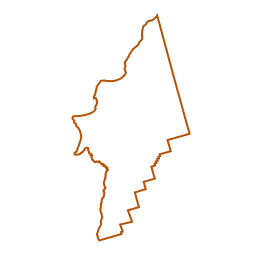 outline of San Luis Obispo, California, United States of America, rotated 74°
{"feature_id": "52423323B67227670427960", "entity_name": "San Luis Obispo", "entity_type": "district", "adm_level": 2, "iso_a3": "USA", "parent_name": "United States of America", "parent_adm1": "California", "projection": "orthographic", "projection_center": [-120.239, 35.346], "detail": "fine", "context": "isolated", "style": "outline", "palette": "amber", "viewbox_px": 256, "rotation_deg": 74, "n_neighbors": 0, "source": "geoboundaries", "source_scale": "gbopen_adm2", "svg_char_len": 4726}
<svg xmlns="http://www.w3.org/2000/svg" viewBox="0 0 256 256"><g transform="rotate(74 128 128)"><path d="M27.8,68.9L29.2,70.5L30.0,72.3L31.0,74.5L31.0,79.7L32.1,81.2L32.9,81.9L33.6,82.8L34.1,84.8L35.5,85.8L37.7,87.2L43.7,89.3L44.3,89.0L46.7,90.1L49.1,93.9L50.2,94.7L51.0,95.7L53.6,101.5L58.0,106.7L58.7,107.0L61.6,110.0L64.0,113.1L66.9,113.4L67.6,113.2L69.0,114.1L69.6,114.9L70.0,115.0L74.2,114.7L75.3,115.7L76.6,117.2L78.3,120.8L78.6,122.1L79.0,126.4L78.9,128.2L78.4,130.8L77.1,135.1L76.0,137.2L75.2,140.4L75.2,141.2L77.7,144.1L79.5,146.6L80.5,146.9L84.9,149.5L87.0,150.5L87.7,151.6L89.7,152.8L90.2,152.7L90.1,151.6L90.3,150.9L91.0,150.5L92.6,150.4L94.7,150.7L95.8,151.1L96.3,151.4L97.6,152.7L98.9,153.8L99.7,153.9L100.2,153.7L101.5,154.5L102.2,155.5L103.1,157.6L103.6,160.5L103.7,163.6L103.7,165.8L103.3,169.5L102.6,173.5L101.6,177.2L101.8,177.5L102.5,178.3L103.7,178.8L103.9,178.7L104.2,178.6L106.5,177.5L106.8,177.6L107.4,178.3L107.9,178.2L108.6,177.9L109.2,177.1L110.4,176.9L110.6,176.9L111.3,177.1L111.8,177.3L111.9,177.2L112.4,176.8L112.9,176.6L113.8,175.9L117.5,175.0L119.7,175.0L122.6,175.3L123.2,175.4L123.7,175.4L124.3,175.5L124.6,175.7L125.4,176.3L126.1,176.7L127.0,177.3L127.9,177.8L128.1,178.0L131.0,179.9L133.2,181.7L133.5,182.0L134.0,182.3L134.8,182.6L135.4,183.1L136.2,183.8L136.5,184.2L136.5,184.5L136.9,185.5L137.2,186.2L137.6,186.4L138.1,186.6L138.8,186.3L139.0,186.3L139.2,186.1L139.2,185.7L139.4,184.5L139.5,184.3L139.9,182.5L139.7,181.0L139.5,180.4L138.8,180.0L138.7,179.5L138.9,179.0L138.6,178.2L137.5,176.9L137.4,176.1L136.8,175.8L136.6,175.8L136.2,175.6L135.9,175.0L135.3,173.5L135.8,172.6L136.4,171.9L136.5,171.8L136.7,171.7L136.8,171.8L137.9,172.6L140.0,172.0L141.3,172.4L142.4,171.2L143.0,170.8L143.1,170.6L143.3,170.5L143.4,170.8L143.4,171.2L143.5,171.5L143.8,171.6L143.9,171.4L144.1,170.9L144.2,170.5L144.3,170.2L144.5,170.0L145.0,170.7L145.4,170.9L145.6,171.0L146.0,170.9L146.4,171.0L146.6,171.2L146.9,171.1L147.1,171.0L147.5,171.1L147.8,171.1L148.2,171.0L148.6,171.2L148.8,171.1L148.8,170.8L149.3,170.7L149.5,170.3L149.9,170.1L150.4,170.1L150.9,170.0L151.1,169.9L151.2,169.7L151.3,169.3L151.6,169.1L151.9,169.0L151.9,168.7L151.7,168.4L151.8,168.3L151.8,168.1L151.7,168.0L151.5,167.5L151.7,167.0L152.0,166.6L152.1,166.0L152.2,165.8L152.7,165.7L152.8,165.5L152.8,165.2L152.8,164.9L152.6,164.8L152.8,164.7L153.0,164.6L153.2,164.4L153.3,164.1L153.6,164.0L154.0,164.0L154.3,163.8L154.6,163.7L154.7,163.4L155.0,163.2L155.2,163.3L155.3,163.3L155.3,163.2L155.4,162.9L155.6,162.9L155.8,163.0L156.1,163.0L156.2,162.8L156.3,162.7L156.1,162.5L155.8,162.5L155.8,162.3L155.8,162.1L156.0,162.1L156.0,161.8L156.0,161.5L156.2,161.4L156.3,161.5L156.6,161.5L156.7,161.3L156.8,161.2L157.2,161.4L157.3,161.4L157.5,161.5L157.4,161.7L157.4,161.9L157.5,162.0L157.8,161.8L157.8,161.5L157.9,161.2L158.0,161.0L158.1,160.9L158.2,161.0L158.4,161.1L158.6,161.0L158.7,160.7L158.6,160.3L158.8,160.2L158.9,159.9L159.1,160.1L159.3,160.4L159.6,160.3L159.8,160.1L159.8,159.9L160.0,159.7L160.2,159.8L160.3,159.7L160.4,159.3L160.6,159.1L160.7,159.4L160.9,159.6L161.0,159.5L161.0,159.3L161.2,159.1L161.5,159.0L162.1,159.0L162.4,158.9L162.8,159.0L162.7,159.2L162.5,159.5L162.3,159.6L162.2,159.6L162.3,159.9L162.5,160.0L163.2,160.2L163.6,160.3L163.6,160.5L164.0,161.0L164.8,161.5L166.6,162.6L167.3,162.3L168.7,163.2L169.0,163.4L169.7,163.2L169.9,163.6L170.1,164.0L171.3,164.5L171.7,165.0L173.1,165.8L173.7,166.2L174.7,166.5L175.6,166.6L176.0,166.4L176.1,166.5L176.9,166.5L177.2,166.6L177.6,166.6L178.2,166.6L178.5,166.6L179.0,166.3L179.2,166.1L179.5,166.6L179.8,167.0L180.5,167.6L180.9,167.7L181.0,167.9L181.0,168.1L181.1,168.6L181.4,168.8L181.6,168.9L181.9,168.8L182.3,169.0L182.8,168.8L183.1,168.7L183.5,168.6L183.8,168.6L184.6,168.9L185.0,169.2L185.3,169.2L186.0,169.6L186.7,169.7L187.5,170.4L187.9,171.0L188.1,171.6L188.5,171.9L189.5,172.9L190.4,173.3L191.3,173.7L191.9,173.6L192.2,174.0L192.8,174.2L193.5,175.0L193.8,175.2L194.8,175.1L196.6,176.1L197.7,176.4L198.5,177.1L200.6,177.1L201.0,177.2L201.9,177.5L202.5,177.2L202.9,177.0L203.8,177.0L205.7,177.5L206.5,177.3L207.1,177.5L208.7,178.8L209.6,179.7L210.3,179.8L210.8,179.8L211.4,180.2L212.0,180.4L212.8,180.2L213.7,180.9L214.8,181.8L215.4,182.4L215.8,183.0L216.4,183.6L217.6,184.4L218.6,185.0L220.1,186.0L220.7,186.5L221.4,187.1L226.3,187.1L228.2,186.6L228.1,163.5L226.1,163.5L226.1,161.6L218.6,162.2L219.3,150.1L217.4,150.0L207.1,150.8L207.1,139.3L191.8,139.2L191.7,127.8L184.1,127.8L184.1,116.2L180.5,116.2L171.6,116.2L171.5,112.4L169.6,112.3L169.7,110.4L167.7,110.4L167.7,108.5L165.8,108.5L165.8,106.6L163.9,106.6L163.9,104.8L162.0,104.8L162.1,93.3L150.5,93.3L150.5,70.3L148.4,70.3L144.4,70.4L91.2,69.9L27.8,68.9Z" fill="none" stroke="#b45309" stroke-width="2"/></g></svg>